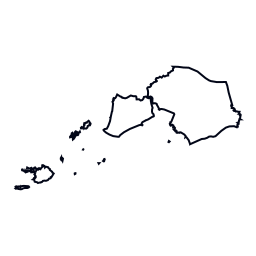 Kayong Utara, Kalimantan Barat, Indonesia
{"feature_id": "22746128B56151469580770", "entity_name": "Kayong Utara", "entity_type": "district", "adm_level": 2, "iso_a3": "IDN", "parent_name": "Indonesia", "parent_adm1": "Kalimantan Barat", "projection": "orthographic", "projection_center": [109.449, -1.248], "detail": "fine", "context": "isolated", "style": "outline", "palette": "ink", "viewbox_px": 256, "rotation_deg": 0, "n_neighbors": 0, "source": "geoboundaries", "source_scale": "gbopen_adm2", "svg_char_len": 5825}
<svg xmlns="http://www.w3.org/2000/svg" viewBox="0 0 256 256"><path d="M190.1,144.2L201.7,139.0L204.7,138.7L207.2,137.8L209.1,136.6L211.0,136.4L213.2,136.8L215.5,136.2L221.4,130.8L225.9,127.6L229.4,126.4L234.1,126.2L236.9,127.3L237.4,126.6L237.8,126.6L237.8,126.0L237.3,125.6L237.5,124.2L238.3,124.0L238.1,123.6L238.6,123.1L238.0,122.7L238.6,122.6L238.5,122.1L239.1,120.9L239.0,120.4L239.9,119.3L240.4,119.3L239.6,118.8L240.0,118.2L240.4,116.6L240.0,115.7L240.6,115.4L240.6,114.7L239.4,114.3L239.4,113.7L239.0,113.7L239.5,113.2L239.0,112.3L239.3,111.8L237.5,111.7L236.9,111.3L235.8,111.5L235.1,110.5L234.4,111.0L233.8,110.8L233.5,110.3L234.8,109.6L234.5,108.8L233.5,108.0L231.7,108.0L231.8,106.9L231.0,106.8L231.3,106.8L231.2,105.8L231.7,106.0L231.8,105.4L232.3,105.3L228.7,92.6L227.3,85.8L225.9,82.0L216.9,82.1L210.9,81.1L209.1,80.4L205.5,78.1L197.5,71.5L188.7,67.7L183.5,67.5L177.9,66.8L173.0,66.7L173.9,67.6L172.9,68.9L173.0,70.4L170.9,71.4L169.8,72.6L168.2,73.0L168.2,75.5L166.4,75.7L164.8,76.5L163.4,75.7L161.7,77.6L159.9,76.7L158.6,77.8L156.4,78.1L155.7,79.4L155.9,80.1L156.7,80.6L156.8,81.2L156.0,81.7L153.9,82.2L152.5,83.6L150.9,84.0L150.6,84.7L151.2,85.2L150.8,86.3L149.7,87.1L148.1,87.2L147.4,87.8L147.2,88.5L147.9,90.4L148.1,92.9L147.8,96.3L149.0,97.0L150.6,96.5L151.7,97.1L152.5,98.3L152.3,102.1L153.3,103.5L154.6,103.2L155.8,103.4L156.8,104.1L156.8,104.6L158.9,108.4L158.8,109.4L159.6,109.8L160.1,109.1L161.7,109.0L164.3,109.5L173.9,113.4L174.3,114.3L171.4,121.5L171.0,122.1L170.3,122.3L170.4,123.1L169.8,123.6L169.9,124.2L170.3,124.1L170.4,125.2L170.8,125.2L171.0,125.6L172.1,124.7L173.3,125.4L173.1,127.2L173.5,127.1L173.9,127.5L174.3,127.1L175.0,128.0L174.5,129.3L173.8,129.5L174.3,130.1L175.3,130.3L175.0,130.8L175.3,131.2L175.7,130.8L176.6,131.1L176.7,132.7L177.7,132.8L177.9,132.5L178.4,132.5L179.6,132.8L179.9,132.3L180.7,132.3L184.3,134.5L185.6,136.0L185.4,137.1L185.8,136.8L186.5,137.3L188.7,140.2L189.8,143.3L190.1,143.5L190.1,144.2ZM120.5,96.6L117.2,94.5L116.1,96.9L115.2,98.2L114.7,98.4L113.8,98.0L113.4,98.4L113.8,99.2L113.8,100.0L113.0,100.2L113.2,101.2L112.5,101.8L113.1,103.6L112.2,111.3L111.9,111.7L110.7,117.2L110.3,117.5L110.6,117.9L110.0,121.2L108.2,126.1L106.8,128.7L104.5,129.1L103.5,130.0L104.2,131.0L106.2,132.7L109.5,134.6L113.2,136.1L118.2,136.8L119.0,136.7L120.2,135.1L124.0,132.2L130.0,128.9L139.3,125.1L141.5,124.8L142.1,125.3L142.4,125.0L141.7,124.4L141.6,123.5L142.5,122.1L145.4,120.6L145.6,120.3L146.2,120.2L148.2,119.4L152.5,116.7L153.5,116.5L153.9,116.0L153.5,114.2L152.4,113.1L152.0,111.7L152.1,109.3L152.6,107.9L151.3,103.7L150.8,100.7L150.9,99.5L151.6,98.9L151.4,98.5L148.5,98.2L147.2,97.7L146.2,96.6L145.7,96.6L143.9,97.0L143.4,98.7L142.2,100.1L140.6,100.5L139.1,99.3L136.6,99.4L136.3,96.8L135.8,96.2L133.3,96.2L130.8,95.5L126.9,97.8L125.2,98.3L123.1,97.9L122.6,97.5L122.2,97.7L121.0,96.6L120.5,96.6ZM42.9,165.1L42.2,165.3L42.3,167.0L41.1,168.1L40.4,169.3L39.5,169.1L39.5,168.4L39.2,168.2L38.0,169.8L37.5,169.7L37.6,168.8L36.3,169.4L36.0,168.7L35.5,168.6L35.4,168.3L35.8,168.2L35.1,167.4L34.4,167.7L34.5,168.4L33.8,168.5L33.7,169.2L33.3,169.6L32.3,169.3L30.6,169.8L29.4,171.0L30.2,171.4L30.7,171.0L31.6,170.9L31.8,171.6L30.4,172.4L32.8,172.2L34.0,171.2L35.8,171.4L35.7,171.7L34.6,171.7L34.1,172.0L35.1,173.7L34.4,174.4L35.1,175.4L35.1,176.2L35.7,176.3L35.7,177.4L35.3,177.8L34.3,178.0L34.6,178.7L34.2,179.1L33.5,179.0L33.0,179.4L34.1,179.6L34.7,181.7L37.2,182.3L37.9,183.0L39.7,182.5L40.8,182.5L41.1,182.1L42.1,181.9L42.9,180.9L44.6,180.6L45.9,180.8L47.9,180.1L49.1,178.6L50.5,178.3L51.0,177.6L50.9,177.1L51.6,176.9L53.7,173.5L52.3,172.5L52.2,171.8L49.9,170.0L49.9,169.1L48.6,168.3L48.2,167.3L46.5,166.8L45.7,166.9L45.1,167.4L45.1,166.7L44.6,166.1L43.5,166.4L43.2,165.8L43.4,165.4L42.9,165.1ZM88.6,120.8L87.0,122.1L86.7,122.8L85.6,122.7L85.3,123.1L84.3,123.1L84.0,124.6L84.5,124.8L84.4,125.5L83.3,126.8L83.1,127.6L83.7,127.9L83.9,128.4L84.1,128.1L85.0,128.5L86.4,128.5L87.4,127.5L87.7,126.0L88.9,125.6L89.2,125.0L89.7,125.1L89.6,122.4L89.3,121.5L88.6,120.8ZM23.8,185.9L21.7,186.1L20.5,187.1L20.1,186.3L19.6,186.8L18.6,186.5L18.2,187.0L18.0,186.7L17.2,187.2L16.7,186.3L16.2,186.3L15.7,186.6L16.3,187.3L16.0,188.1L15.4,188.4L15.7,188.7L17.6,188.5L18.1,188.9L20.6,189.3L21.9,189.1L22.8,188.5L24.6,188.0L27.3,188.0L28.6,187.5L29.1,187.0L28.7,186.4L28.2,186.2L23.8,185.9ZM74.1,134.1L73.5,134.1L73.4,137.6L72.8,138.5L72.9,139.5L73.8,138.8L74.9,137.1L75.0,135.7L75.7,135.8L76.4,134.8L76.0,134.4L75.3,134.5L74.9,135.1L74.1,134.1ZM75.7,131.3L75.1,131.9L75.0,132.6L75.6,133.4L76.1,133.5L76.4,134.5L77.2,134.3L77.5,135.1L77.9,135.1L78.3,134.6L78.2,133.2L77.1,132.0L75.7,131.3ZM61.3,158.8L61.2,157.4L60.8,158.1L60.8,159.0L61.4,159.3L61.2,159.9L61.5,160.3L62.3,160.2L62.4,160.7L62.5,160.9L63.0,158.7L62.4,158.0L61.3,158.8ZM72.8,134.0L70.8,135.6L70.6,136.7L70.1,136.8L70.1,137.3L71.4,137.0L71.7,136.2L72.2,136.0L73.2,134.4L72.8,134.0ZM27.8,170.2L26.3,170.3L26.1,172.2L27.7,171.7L27.8,170.2ZM104.7,159.6L104.5,159.0L104.1,159.1L103.8,159.6L103.9,160.3L103.1,161.0L103.7,161.4L104.1,161.3L104.2,161.0L103.9,160.7L104.7,159.6ZM23.1,170.6L22.7,169.5L22.2,169.4L22.0,169.7L22.1,170.3L23.1,170.6ZM72.5,132.7L71.7,133.3L71.7,133.9L72.6,133.7L72.8,133.1L72.5,132.7ZM82.0,127.5L81.6,127.1L80.9,127.8L81.0,128.3L81.9,128.4L82.0,127.5ZM90.6,123.8L90.3,123.1L90.1,123.0L89.9,124.1L90.3,124.5L90.6,123.8ZM169.6,141.5L168.9,141.0L168.5,142.0L168.9,142.2L169.6,141.5ZM75.4,173.8L75.5,173.2L75.2,173.1L74.7,173.4L74.8,174.1L75.4,173.8ZM31.7,168.1L31.4,167.8L30.2,168.3L31.4,168.5L31.7,168.1ZM28.0,167.9L27.2,167.5L27.1,168.0L28.0,167.9ZM99.3,163.1L98.5,163.1L98.8,163.7L99.3,163.1ZM84.0,149.8L83.3,149.3L83.1,149.6L84.0,149.8ZM80.0,132.1L79.9,131.8L79.7,132.2L79.3,132.0L79.1,132.2L79.4,132.5L80.0,132.1ZM24.8,171.8L24.7,171.3L24.3,172.3L24.8,171.8Z" fill="none" stroke="#020617" stroke-width="2"/></svg>